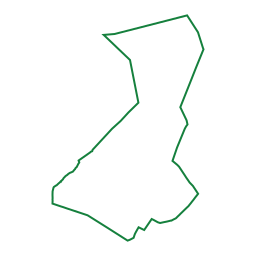 the district of San Juan Colorado, Oaxaca, Mexico
{"feature_id": "50627088B25667047136129", "entity_name": "San Juan Colorado", "entity_type": "district", "adm_level": 2, "iso_a3": "MEX", "parent_name": "Mexico", "parent_adm1": "Oaxaca", "projection": "equal_earth", "projection_center": [-97.926, 16.501], "detail": "fine", "context": "isolated", "style": "outline", "palette": "green", "viewbox_px": 256, "rotation_deg": 0, "n_neighbors": 0, "source": "geoboundaries", "source_scale": "gbopen_adm2", "svg_char_len": 1670}
<svg xmlns="http://www.w3.org/2000/svg" viewBox="0 0 256 256"><path d="M198.1,193.8L192.9,185.9L189.6,182.5L188.4,180.7L186.3,177.7L184.5,174.9L182.5,171.9L182.4,171.7L182.0,171.1L181.9,171.0L181.2,169.9L179.2,166.9L179.0,166.6L177.2,164.8L172.5,160.9L177.0,147.7L184.8,128.7L186.2,126.2L187.5,124.5L186.6,120.4L180.3,107.2L191.7,78.6L196.0,67.7L203.5,49.3L203.0,48.1L198.0,32.3L187.1,15.4L114.6,34.0L103.7,34.9L130.0,60.0L138.4,102.7L128.4,112.5L120.7,120.9L112.1,128.7L110.9,130.0L92.6,149.8L92.2,151.2L90.7,151.8L90.3,152.3L78.6,160.5L78.8,161.2L79.3,162.3L79.1,162.7L78.7,163.3L78.1,164.2L78.1,164.3L76.6,167.2L76.1,167.5L75.4,168.3L75.0,169.2L74.3,169.8L73.8,170.5L73.1,171.3L72.9,171.6L72.4,171.8L72.0,172.0L71.6,172.2L69.8,172.9L69.1,173.4L68.6,173.7L68.2,174.0L67.3,174.9L67.1,175.0L65.5,176.1L64.8,176.9L64.0,177.7L63.9,177.8L63.4,178.4L62.9,179.4L62.2,180.0L61.3,181.0L61.0,181.5L60.8,181.3L59.7,182.5L58.6,183.4L56.6,185.3L55.9,185.6L54.0,186.9L53.6,187.4L53.5,187.7L52.6,191.3L52.5,194.8L52.6,198.4L52.5,199.4L52.6,200.5L52.5,203.6L61.1,206.5L63.1,207.1L66.8,208.4L78.9,212.4L87.6,215.3L107.8,228.0L127.6,240.6L130.0,239.7L133.6,237.8L134.8,234.2L135.8,232.2L137.1,229.9L138.6,227.3L144.2,230.0L147.2,225.6L151.7,219.0L153.9,220.1L157.5,222.1L157.9,222.3L160.1,223.0L164.2,222.1L165.3,221.9L167.2,221.5L170.8,220.6L171.2,220.5L171.5,220.6L172.7,219.9L174.0,219.2L175.3,218.6L176.0,218.2L177.7,216.5L179.5,214.8L180.3,214.0L180.4,213.8L180.5,213.7L181.2,213.1L185.2,209.2L187.6,206.9L188.2,206.4L188.4,206.2L189.0,205.4L190.8,203.2L191.8,201.9L192.1,201.5L193.0,200.4L193.7,199.5L195.1,197.6L198.1,193.8Z" fill="none" stroke="#15803d" stroke-width="2"/></svg>